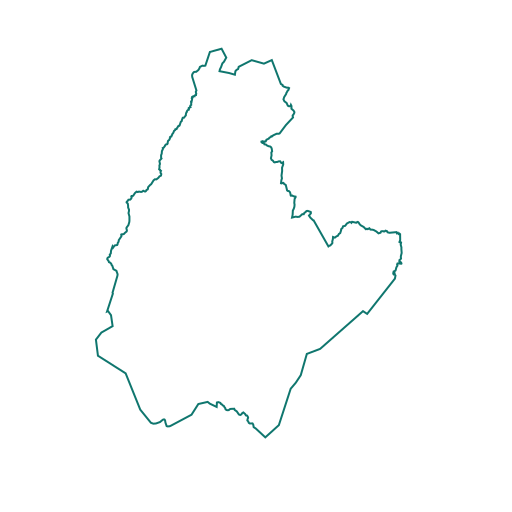 the district of Loh-Djiboua, Sud-Bandama, Ivory Coast, rotated 198°
{"feature_id": "98640826B50838995581112", "entity_name": "Loh-Djiboua", "entity_type": "district", "adm_level": 2, "iso_a3": "CIV", "parent_name": "Ivory Coast", "parent_adm1": "Sud-Bandama", "projection": "equal_earth", "projection_center": [-5.414, 5.714], "detail": "fine", "context": "isolated", "style": "outline", "palette": "teal", "viewbox_px": 512, "rotation_deg": 198, "n_neighbors": 0, "source": "geoboundaries", "source_scale": "gbopen_adm2", "svg_char_len": 6137}
<svg xmlns="http://www.w3.org/2000/svg" viewBox="0 0 512 512"><g transform="rotate(198 256 256)"><path d="M318.6,74.1L304.4,64.9L301.8,64.8L299.4,65.8L296.0,68.4L294.0,71.5L293.0,72.2L292.5,72.2L291.7,71.6L290.6,69.5L288.4,66.6L287.4,66.6L285.5,67.4L284.5,68.3L268.3,85.1L265.1,97.4L256.9,102.3L254.3,101.3L246.8,100.3L247.9,104.6L246.6,105.4L244.5,105.3L243.5,104.4L242.5,104.3L241.4,103.6L240.3,103.5L239.4,102.6L238.3,101.9L237.6,100.8L236.5,100.4L235.5,100.5L234.3,101.0L233.6,102.2L232.7,102.8L229.5,104.0L228.7,103.0L226.3,102.3L223.3,100.0L221.9,99.9L221.0,100.8L220.5,102.4L219.7,103.3L217.4,102.3L216.4,101.3L215.3,101.5L214.2,100.7L213.5,99.7L213.6,98.3L213.4,96.9L212.3,96.3L211.3,95.1L210.1,94.8L207.6,95.7L206.6,94.9L205.3,92.5L203.0,91.9L191.1,86.4L182.0,102.2L182.0,140.5L179.0,147.8L176.6,156.5L177.4,178.6L166.3,187.5L137.2,236.6L132.4,235.3L116.9,277.4L117.3,280.5L118.1,281.1L118.7,282.1L118.9,281.2L119.3,281.0L120.0,281.6L120.2,282.4L120.3,283.8L118.9,285.1L118.8,285.8L119.0,288.6L118.5,290.5L119.2,291.6L119.1,292.6L118.4,292.7L117.4,293.4L116.8,293.2L115.4,293.6L115.4,294.0L116.1,294.7L116.7,294.9L116.9,294.6L117.7,294.4L118.1,295.4L118.0,295.7L118.3,296.4L117.6,297.5L117.3,298.4L118.0,299.9L118.2,301.0L118.4,303.9L119.8,307.3L120.4,309.2L121.9,311.5L122.2,313.7L123.0,314.0L123.6,313.5L123.9,313.6L123.8,315.7L125.7,321.3L126.6,321.7L127.2,321.0L128.2,321.9L129.0,321.1L129.8,322.1L136.3,319.3L138.2,319.2L139.1,320.1L140.7,320.1L141.3,319.1L142.0,318.8L142.8,318.9L144.3,318.3L144.6,318.0L144.8,316.6L146.5,315.4L149.1,316.5L152.1,317.1L153.4,317.0L155.3,316.5L156.8,317.4L157.8,316.2L158.2,316.0L158.9,316.2L159.2,315.8L159.8,315.4L162.6,316.9L165.7,317.5L167.2,318.2L168.7,319.5L169.7,319.9L170.2,319.7L170.6,318.8L171.0,318.6L175.2,318.2L175.4,317.9L175.5,317.1L176.2,317.4L177.5,317.2L179.6,315.0L180.5,312.3L182.4,311.1L182.4,309.5L183.3,307.8L183.0,306.7L183.0,303.8L184.0,302.5L184.4,300.5L185.5,299.6L186.7,297.8L188.6,297.9L188.1,295.7L188.0,293.4L187.4,292.1L187.4,291.6L188.6,289.0L189.5,288.4L190.1,287.5L212.2,307.7L212.7,307.6L216.2,309.3L218.1,310.8L217.0,313.5L217.4,314.7L217.8,314.8L220.7,314.9L221.7,314.5L222.0,314.2L222.5,312.9L223.3,312.1L223.5,310.5L224.9,310.1L226.8,306.8L228.5,306.0L230.4,305.7L233.6,303.7L233.9,306.5L235.0,310.6L234.7,312.4L234.7,314.6L235.2,316.8L236.0,318.3L236.9,322.1L236.5,324.3L236.7,324.7L238.7,324.4L240.4,324.7L241.3,324.1L241.7,324.3L242.9,326.5L243.6,327.3L244.8,327.9L246.0,327.7L246.7,328.0L249.6,332.7L251.9,333.4L252.3,333.9L252.8,334.0L254.2,332.9L254.7,332.9L255.3,336.0L255.3,337.8L256.6,340.4L257.4,344.9L258.5,348.0L258.4,351.5L259.2,353.5L260.2,352.3L260.9,352.4L262.2,353.5L263.5,353.1L265.0,351.9L266.0,351.6L267.1,350.8L267.9,350.8L269.4,351.9L270.9,352.3L272.0,353.6L272.3,356.5L273.4,359.2L273.0,360.5L274.2,362.9L275.1,364.0L276.3,364.5L278.0,364.3L279.7,364.5L281.1,365.1L282.5,364.8L283.5,365.9L284.7,365.5L285.9,365.9L286.1,366.2L286.2,366.5L285.1,367.3L284.0,367.1L283.3,367.6L282.3,367.8L282.1,368.4L282.0,369.8L280.1,371.6L279.8,372.7L278.7,373.7L278.4,374.7L277.6,374.8L277.0,376.0L274.1,378.7L272.1,379.3L271.4,379.9L268.0,389.8L263.6,399.2L264.5,400.6L264.5,401.3L264.1,402.0L263.8,404.1L264.0,404.8L265.2,405.9L267.8,407.0L268.6,409.6L269.5,410.5L269.5,409.5L270.0,409.0L270.8,408.6L272.2,408.8L274.2,411.0L276.8,411.9L278.3,413.5L278.3,415.9L277.4,419.4L277.5,420.4L277.1,422.1L277.0,423.1L276.5,423.7L276.4,425.9L277.1,426.1L278.7,425.6L281.9,425.7L283.2,426.1L283.6,426.9L285.5,427.3L301.5,447.2L307.9,441.4L320.6,440.9L330.9,430.6L330.8,428.3L332.0,427.0L332.7,425.4L332.1,421.9L338.2,421.7L347.8,420.5L348.0,422.3L347.6,425.0L347.5,428.8L346.5,430.8L345.6,435.5L352.8,442.5L362.9,435.8L363.0,421.4L364.3,420.7L365.7,420.5L367.6,418.7L367.8,418.4L367.8,416.9L368.3,415.0L369.8,412.7L371.2,412.2L372.0,411.6L372.6,409.9L372.7,408.7L372.7,408.3L372.0,406.6L363.8,395.0L364.0,393.7L363.5,392.5L363.1,392.2L362.8,390.5L363.5,390.2L363.9,389.6L363.8,388.9L364.9,388.6L365.1,387.7L365.5,388.0L365.9,387.6L365.7,387.1L365.9,386.6L365.8,386.1L365.4,386.0L365.1,384.7L365.1,384.1L365.5,382.7L365.3,382.3L364.9,382.3L365.0,381.7L364.3,379.7L364.9,378.8L364.9,378.0L364.3,377.3L365.7,376.0L365.5,374.7L365.2,375.0L365.1,374.4L365.7,374.0L366.3,373.0L366.4,372.1L366.3,371.6L366.5,371.4L366.6,370.8L366.5,369.1L366.2,368.2L366.3,367.8L367.3,365.2L368.4,364.8L368.5,362.4L368.3,361.5L369.0,360.3L369.0,356.5L369.3,356.0L369.8,355.9L370.3,355.0L370.3,354.0L370.9,352.7L370.8,352.2L371.9,351.6L371.8,350.8L372.6,349.7L372.7,347.6L373.3,346.0L373.2,345.2L373.4,344.8L373.4,343.5L374.4,342.8L374.2,341.9L374.4,341.5L374.2,341.1L374.4,339.6L375.2,338.4L375.1,336.7L374.8,335.7L375.0,334.9L376.0,334.4L376.7,333.0L376.6,332.5L377.3,330.5L378.0,329.9L377.7,329.5L377.6,328.8L377.9,326.7L377.3,324.2L377.4,322.5L376.6,320.1L376.0,319.5L377.0,317.4L377.2,316.4L375.8,313.9L375.8,312.1L375.2,310.7L374.9,308.5L373.8,308.3L373.6,307.8L372.7,307.6L372.8,306.6L372.5,305.6L371.4,304.7L371.2,303.1L372.4,301.9L373.0,300.2L374.4,298.1L375.9,297.7L376.8,296.3L377.9,291.8L378.5,291.1L379.8,288.3L379.8,287.5L379.5,286.5L379.7,285.7L380.5,285.1L380.7,283.9L381.1,283.2L381.6,283.0L383.4,283.2L384.3,281.9L385.1,281.4L387.2,281.1L388.2,280.3L389.5,280.3L390.6,278.4L391.4,275.4L392.2,274.8L392.9,274.6L393.0,274.1L392.3,273.0L392.6,271.6L393.1,270.7L394.7,270.1L395.1,268.7L395.7,267.6L395.6,266.9L394.2,266.3L393.3,264.6L392.6,262.6L391.1,260.8L390.7,259.5L390.5,257.4L388.6,254.5L387.3,250.5L387.0,249.2L386.9,245.9L387.9,243.0L387.8,242.2L386.7,240.5L386.6,239.4L388.0,237.2L388.3,236.3L388.8,235.8L390.7,235.0L390.8,234.5L390.2,233.7L390.1,233.1L391.4,228.7L391.1,227.1L391.5,225.8L391.3,224.5L391.4,223.6L393.7,222.3L394.5,219.8L395.4,220.7L395.5,216.2L394.9,213.5L395.5,212.1L394.9,211.0L395.2,209.9L396.5,208.5L396.6,207.6L396.5,207.0L394.6,205.6L393.9,204.7L393.0,204.7L391.4,204.0L390.5,202.8L389.7,202.4L387.5,199.4L384.2,198.8L382.0,195.9L381.7,194.4L381.1,176.8L380.5,176.0L380.5,157.2L379.7,157.9L375.6,154.9L370.7,145.0L379.4,135.4L382.4,127.0L375.5,112.3L343.7,104.1L318.6,74.1Z" fill="none" stroke="#0f766e" stroke-width="2"/></g></svg>